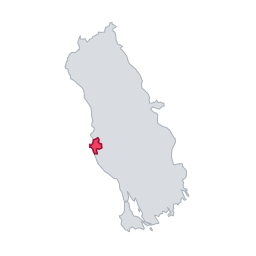 Turkey, with Sinop highlighted, rotated 248°
{"feature_id": "TUR-2294", "entity_name": "Sinop", "entity_type": "Province", "adm_level": 1, "iso_a3": "TUR", "parent_name": "Turkey", "parent_adm1": "", "projection": "natural_earth1", "projection_center": [34.958, 41.65], "detail": "fine", "context": "in_parent", "style": "filled", "palette": "rose", "viewbox_px": 256, "rotation_deg": 248, "n_neighbors": 0, "source": "natural_earth", "source_scale": "10m", "svg_char_len": 4962}
<svg xmlns="http://www.w3.org/2000/svg" viewBox="0 0 256 256"><g transform="rotate(248 128 128)"><path d="M195.0,93.2L198.4,94.4L199.4,93.5L202.5,93.7L205.3,94.3L206.7,92.4L208.7,92.6L209.1,93.6L210.0,93.9L212.9,96.4L212.6,96.7L213.3,97.6L215.8,98.1L216.1,99.4L218.1,101.2L219.1,104.1L218.6,106.0L217.6,107.3L219.2,111.6L218.8,112.1L221.8,113.5L225.6,113.3L226.8,113.9L230.5,117.3L231.5,118.6L228.9,117.0L227.5,118.4L226.9,121.7L223.0,122.3L223.6,124.5L224.7,125.4L224.4,127.5L224.7,128.3L225.9,129.7L225.8,131.5L226.3,133.4L226.4,135.8L228.0,136.5L227.3,137.6L225.6,142.3L225.8,142.7L227.0,142.8L229.8,145.0L229.4,145.7L229.8,148.7L232.3,150.7L231.9,151.7L232.0,152.7L230.3,152.3L226.8,155.0L226.4,154.9L225.9,154.0L225.7,151.3L224.8,150.6L223.7,150.4L221.8,151.6L220.0,151.6L218.3,151.3L213.6,149.7L211.9,150.2L210.1,149.6L206.7,152.9L205.6,153.2L205.1,151.5L203.8,150.6L202.3,151.9L196.4,153.5L193.6,153.7L190.3,153.2L187.5,153.3L180.0,157.0L172.8,159.0L166.3,158.9L162.7,156.5L159.9,156.0L151.6,159.5L147.6,159.4L146.2,158.0L143.1,157.4L142.4,158.7L141.8,162.1L142.9,165.1L141.1,165.3L140.0,166.0L139.7,168.3L138.1,169.2L137.6,170.6L137.3,170.6L134.7,169.5L135.4,168.3L133.8,164.1L134.6,162.8L137.9,159.3L137.8,157.3L136.4,155.9L132.1,158.4L131.7,159.4L130.8,160.2L129.2,160.5L121.6,157.2L117.2,160.1L113.4,164.3L110.5,165.8L102.0,167.0L100.6,167.8L97.7,166.9L96.0,165.8L92.1,161.0L84.8,157.4L77.0,156.5L76.3,157.4L76.0,161.1L74.7,164.6L74.1,165.0L72.4,164.1L66.4,166.2L61.3,163.9L60.4,162.9L59.3,158.9L58.6,158.6L57.7,159.1L56.9,159.1L53.3,157.3L51.3,157.2L50.1,158.9L48.1,159.7L48.1,159.2L48.8,158.1L45.8,158.3L44.1,159.1L41.9,158.6L42.1,158.1L43.9,157.6L48.0,157.0L50.7,154.3L40.9,154.4L39.9,155.0L39.8,153.6L40.4,152.9L42.9,152.4L42.8,151.3L41.3,150.0L39.6,149.4L38.9,146.4L38.0,145.7L38.1,145.3L39.7,144.8L40.1,142.6L39.9,141.3L36.8,140.2L36.1,140.3L35.3,139.2L34.0,138.3L32.9,139.0L29.7,137.3L30.3,136.0L31.1,136.0L31.3,135.0L30.7,133.4L30.8,132.5L31.5,132.3L32.3,132.5L33.1,133.4L33.1,135.3L33.9,136.5L34.5,135.3L36.0,136.0L38.6,135.4L39.1,134.9L37.2,134.9L36.5,134.5L35.1,131.4L36.7,130.5L37.8,129.0L35.7,128.0L36.2,125.8L34.4,123.4L37.0,120.4L36.8,119.9L36.1,119.8L28.3,121.1L28.2,119.7L28.8,118.5L28.8,115.6L29.2,114.0L30.7,113.5L32.5,111.1L35.4,108.4L38.4,108.4L39.6,107.7L41.4,107.6L41.9,108.7L43.4,109.5L46.1,109.4L47.4,108.6L46.2,107.3L47.8,106.9L49.0,107.2L48.3,108.7L48.7,108.8L52.2,108.4L55.9,108.7L60.0,108.5L60.5,108.1L57.7,106.6L59.5,105.3L60.6,105.0L69.1,103.8L69.2,103.5L64.0,102.8L61.3,101.1L60.6,100.2L61.1,97.9L61.7,97.3L63.6,97.2L70.0,98.2L74.6,97.6L79.6,99.1L84.4,98.8L85.4,98.1L86.7,95.9L93.5,92.3L95.9,90.4L106.4,86.7L122.2,87.3L124.9,85.9L126.5,86.3L126.1,87.3L126.2,88.2L128.0,90.4L130.9,91.7L134.7,90.6L136.2,91.0L137.6,94.5L140.0,96.5L141.1,96.7L142.6,95.5L144.0,95.3L146.3,96.5L147.1,97.8L154.7,99.2L156.3,100.2L161.4,101.3L172.6,98.8L176.8,100.5L180.2,101.0L181.7,100.8L186.2,98.8L187.6,97.7L190.4,96.7L194.0,94.5L195.0,93.2ZM49.8,87.1L49.4,88.7L50.1,90.4L51.6,92.7L53.2,93.9L60.8,97.1L59.6,100.1L57.7,100.6L51.2,99.2L48.5,100.4L46.6,100.1L43.9,100.6L43.1,102.4L41.2,104.5L35.8,107.1L30.9,112.2L29.5,112.8L30.2,111.1L30.1,109.6L32.3,107.8L35.3,106.4L36.1,105.3L28.7,105.5L28.0,104.0L28.8,103.7L31.3,100.9L31.5,99.8L31.4,97.0L34.3,95.5L34.6,94.8L34.2,92.1L31.5,90.5L31.6,89.8L33.6,89.1L34.7,87.2L37.6,86.8L39.0,85.9L41.5,85.5L44.6,87.8L48.3,86.9L49.8,87.1ZM27.0,112.0L24.5,112.4L23.7,112.0L24.5,111.2L26.5,110.6L27.1,111.4L27.0,112.0Z" fill="#d9dde1" stroke="#a8b0b8" stroke-width="1"/><path d="M116.4,87.3L117.7,87.4L118.9,87.1L119.3,87.0L119.5,87.1L119.8,87.2L120.1,87.4L121.6,87.4L122.1,87.4L122.7,87.2L122.9,87.1L123.3,86.8L123.7,86.6L124.0,86.2L124.2,85.8L124.3,85.4L124.7,85.5L124.9,85.6L125.0,85.5L125.3,85.7L125.4,85.8L125.3,86.0L125.7,86.3L126.0,86.4L126.3,86.4L126.6,86.2L126.8,86.1L127.2,86.4L127.2,86.5L126.6,86.4L126.3,86.5L126.1,86.6L126.0,86.8L125.9,87.1L125.8,87.4L125.8,87.7L125.9,87.9L126.2,88.4L126.5,88.8L127.1,89.3L127.0,89.5L127.1,89.8L127.3,89.9L127.6,90.1L127.9,90.4L128.1,90.6L128.7,90.8L129.2,90.9L129.3,91.0L129.7,91.3L130.1,91.5L129.8,92.5L129.8,93.2L129.9,93.8L130.0,94.2L129.9,94.6L130.0,94.9L130.1,95.2L130.2,95.6L130.3,96.4L130.1,96.6L129.5,96.4L129.3,96.5L129.0,96.7L128.5,96.8L128.0,96.8L127.7,96.6L127.5,96.4L127.4,96.3L126.9,96.3L126.8,96.2L127.0,96.0L126.6,95.9L126.4,95.8L126.4,95.6L126.3,95.4L126.3,95.1L126.2,94.9L126.0,95.0L125.7,95.2L125.1,95.4L124.8,95.7L124.6,95.8L124.3,95.8L124.2,95.8L124.2,96.2L124.1,96.4L123.8,96.5L123.6,96.6L123.6,96.9L123.6,97.0L123.3,97.3L123.1,97.5L121.9,97.1L121.7,97.0L121.6,96.8L121.3,96.6L121.0,96.6L120.6,96.7L120.3,96.6L120.1,96.4L119.8,96.4L119.4,96.4L119.2,96.0L119.2,94.3L119.1,94.0L119.1,93.8L119.2,93.2L119.4,92.8L119.7,92.5L120.0,92.2L120.4,91.3L119.8,90.6L119.1,90.4L117.8,90.3L117.1,90.2L116.7,90.1L116.3,90.1L115.6,89.9L115.6,89.4L116.2,88.8L116.5,88.0L116.4,87.3L116.4,87.3Z" fill="#f43f5e" stroke="#9f1239" stroke-width="1.5"/></g></svg>